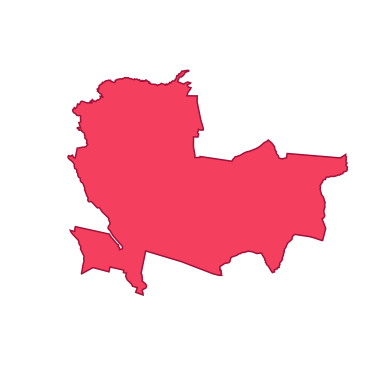 Bau Bang, Bình Dương, Vietnam (Natural Earth projection), rotated 109°
{"feature_id": "81297802B44215588050468", "entity_name": "Bau Bang", "entity_type": "district", "adm_level": 2, "iso_a3": "VNM", "parent_name": "Vietnam", "parent_adm1": "Bình Dương", "projection": "natural_earth1", "projection_center": [106.592, 11.27], "detail": "fine", "context": "isolated", "style": "filled", "palette": "rose", "viewbox_px": 384, "rotation_deg": 109, "n_neighbors": 0, "source": "geoboundaries", "source_scale": "gbopen_adm2", "svg_char_len": 6021}
<svg xmlns="http://www.w3.org/2000/svg" viewBox="0 0 384 384"><g transform="rotate(109 192 192)"><path d="M305.8,270.2L295.7,261.0L294.5,244.5L289.6,245.1L288.1,231.2L290.6,230.6L290.0,227.6L293.1,227.4L295.0,225.8L296.2,224.5L298.9,219.0L300.5,217.6L300.2,212.6L305.2,212.6L305.3,204.7L303.6,205.4L301.4,206.9L300.8,207.0L300.0,206.6L298.1,204.6L297.3,204.3L295.6,204.4L294.9,204.9L293.9,206.3L292.4,210.1L290.8,210.4L286.3,212.6L285.9,213.6L262.8,216.6L261.3,179.1L262.5,145.4L262.0,139.5L261.1,136.8L260.1,137.8L259.1,137.6L258.6,138.4L257.4,138.5L256.4,139.4L256.9,140.0L256.2,140.2L256.0,140.5L254.7,140.7L253.5,141.4L248.7,137.6L247.6,135.4L246.4,133.8L245.1,133.5L242.1,133.9L240.6,133.3L237.1,128.8L235.5,127.9L234.7,126.4L233.0,125.0L231.5,122.0L229.7,119.7L228.9,115.6L229.1,110.7L227.0,106.3L228.0,105.7L231.3,101.7L232.7,100.9L233.6,99.9L234.7,99.6L235.2,98.6L236.4,97.7L237.1,95.9L241.5,90.6L242.0,89.7L241.3,89.1L240.9,88.1L239.9,88.1L238.8,88.7L238.7,88.4L238.2,88.2L237.0,86.4L235.9,86.6L235.5,85.8L235.1,85.7L234.9,85.0L234.1,85.5L233.1,85.6L232.2,85.2L231.4,85.7L230.4,85.9L228.2,85.0L226.0,84.5L225.1,85.2L221.9,85.0L220.8,85.5L219.4,85.2L218.8,85.6L218.2,85.4L216.1,86.0L214.1,85.3L209.2,85.0L204.3,82.1L202.7,82.5L201.3,82.4L200.5,82.2L198.6,81.0L195.9,66.1L195.6,61.6L195.6,53.3L195.3,52.7L183.2,53.7L182.5,54.0L175.0,60.3L173.7,59.1L171.4,58.7L170.8,58.9L168.1,60.8L166.5,61.3L162.7,61.4L161.8,62.1L158.1,62.9L157.9,63.6L155.0,65.3L153.5,66.8L152.3,68.7L150.5,69.8L149.6,70.6L148.5,71.0L147.8,71.8L145.4,72.1L144.6,72.9L144.3,73.0L140.7,72.0L138.5,71.9L137.3,71.3L136.7,69.9L134.5,70.0L134.2,69.7L133.3,67.3L132.2,66.1L131.0,62.7L129.5,60.5L128.5,59.7L127.9,57.9L126.9,57.3L125.6,55.5L123.8,55.3L122.3,53.1L121.5,52.6L120.2,52.5L119.1,53.1L117.8,53.1L117.1,54.7L116.4,55.3L114.2,54.8L113.9,55.8L113.3,56.4L111.1,56.6L109.9,57.4L108.6,57.4L107.8,58.5L106.5,58.9L110.9,62.4L111.4,62.5L124.6,114.6L128.9,113.8L131.4,117.7L131.6,120.7L129.4,122.5L128.4,124.5L126.4,125.5L124.7,127.5L122.2,128.8L119.6,132.7L118.0,136.9L119.3,137.4L122.2,140.1L124.5,141.3L127.5,143.1L127.8,143.6L129.2,144.3L129.5,145.1L130.6,145.8L131.3,147.0L132.8,148.5L135.3,151.7L136.1,153.2L138.4,155.7L142.0,158.7L142.6,159.8L143.9,161.1L144.4,162.5L145.1,162.9L146.3,163.1L147.3,163.8L149.9,164.3L155.8,195.9L156.7,195.7L158.5,200.6L156.2,201.2L148.9,205.3L139.4,208.5L138.1,204.3L135.1,204.5L134.2,206.2L131.8,205.9L130.7,206.3L130.6,203.5L129.6,201.5L127.5,202.5L120.8,207.3L104.9,216.6L99.4,218.3L102.7,228.1L99.0,228.2L95.0,226.9L93.7,226.9L94.0,229.3L92.4,231.4L91.3,230.7L90.4,229.2L89.3,228.8L89.3,231.5L89.6,232.2L92.7,235.3L92.4,241.3L91.1,241.6L87.5,241.2L86.5,239.3L83.7,237.8L81.4,237.4L80.5,236.6L78.9,234.5L78.2,234.6L78.5,236.3L79.3,236.8L79.3,237.9L80.0,238.5L80.8,240.6L81.3,241.1L83.6,241.5L84.8,243.0L86.0,242.7L86.8,244.1L87.4,244.3L89.9,243.9L91.2,244.6L92.4,244.4L93.0,245.5L93.3,246.5L94.4,247.3L95.9,247.5L96.0,247.9L95.7,248.7L96.7,248.8L97.3,249.8L98.1,249.9L98.5,250.5L98.9,250.6L98.9,251.0L98.4,251.6L99.5,251.8L99.5,252.7L99.1,253.6L99.4,254.6L99.3,256.5L100.1,256.8L101.3,258.0L101.6,258.8L102.6,259.5L102.0,261.0L103.3,265.6L103.3,266.0L102.5,267.0L102.6,267.3L103.1,267.4L103.2,268.0L102.9,268.4L101.7,268.6L101.7,270.1L101.0,271.9L101.1,272.1L102.1,271.9L102.2,273.2L103.1,273.7L103.3,274.2L102.6,274.6L102.6,274.9L103.5,275.6L103.2,276.2L104.0,276.6L104.0,277.0L103.0,278.0L102.9,278.3L103.7,279.3L103.1,280.9L103.9,282.0L103.8,283.2L104.7,283.5L104.8,283.7L104.7,286.1L104.9,286.7L105.0,288.9L104.7,289.6L105.4,290.6L105.3,291.8L106.0,293.0L106.8,293.5L107.3,294.7L108.2,295.0L108.3,296.8L109.4,298.2L109.9,299.5L110.6,299.6L111.4,300.9L113.2,300.5L113.6,300.7L113.9,302.5L113.6,303.6L114.0,304.4L112.9,305.2L112.9,305.7L113.4,306.2L113.5,307.5L114.0,307.9L115.3,310.1L117.5,311.3L117.5,312.4L119.3,312.4L119.5,312.5L119.8,313.4L120.6,313.6L121.3,314.3L121.9,314.4L122.8,313.9L123.9,314.3L124.5,313.7L124.9,313.7L125.2,314.0L125.3,315.0L125.6,315.2L126.5,314.5L126.8,313.5L127.6,314.0L128.2,312.1L129.0,311.0L128.9,309.7L130.4,308.4L130.9,307.5L131.4,307.2L131.6,307.8L131.0,309.0L131.3,310.1L131.6,310.0L132.1,309.2L133.5,309.1L135.3,310.4L135.5,311.1L136.4,311.9L137.7,312.4L137.7,313.8L138.3,314.2L137.1,316.4L138.3,316.5L139.3,317.8L139.9,317.7L140.1,316.9L139.9,315.7L140.4,315.7L142.0,320.7L141.9,325.1L142.2,326.1L142.8,326.5L146.0,326.9L146.1,327.6L145.8,328.6L146.1,328.9L149.2,328.5L150.3,329.2L151.2,329.3L151.3,329.8L150.6,330.8L151.8,330.9L152.5,331.4L153.0,331.5L154.1,331.2L155.6,329.7L155.5,328.3L156.9,326.1L156.9,324.4L156.3,323.5L156.2,322.3L160.6,320.6L161.8,319.8L163.2,321.6L167.7,318.2L167.9,320.5L168.5,321.3L168.9,321.4L169.6,320.0L169.8,318.9L170.3,318.8L169.6,316.4L170.2,316.2L170.6,315.6L171.3,313.3L171.9,312.5L173.3,312.2L174.0,311.2L175.6,311.0L176.3,310.4L176.7,308.8L177.1,308.5L177.9,308.0L180.2,307.6L180.9,306.2L183.3,306.9L184.6,308.4L185.4,310.5L187.4,313.6L187.8,314.8L197.2,313.6L198.2,313.7L197.9,315.0L196.4,316.6L196.1,317.3L197.6,318.0L197.8,320.6L199.2,320.7L200.0,320.2L200.7,319.2L202.3,314.9L204.3,312.1L205.3,312.1L207.9,310.6L208.3,308.6L208.6,308.2L210.6,307.5L211.7,306.1L213.8,305.1L214.8,304.1L215.1,303.4L215.1,302.7L215.8,301.9L217.7,301.3L218.6,300.3L219.0,298.8L219.7,297.7L222.3,295.5L223.5,294.6L225.4,294.0L226.2,293.0L227.3,292.4L227.6,291.8L229.0,291.0L231.7,288.1L233.4,288.1L234.5,287.0L234.8,286.6L234.7,286.0L234.1,285.0L233.9,283.8L237.6,276.9L237.8,276.0L237.1,274.9L237.2,274.1L240.0,270.5L243.9,262.2L245.0,261.9L248.2,259.3L250.2,259.4L252.5,259.9L253.6,259.6L254.6,258.4L254.9,257.3L259.2,252.2L265.5,241.1L266.7,239.7L268.5,239.5L270.1,241.8L268.4,242.4L267.9,243.1L267.6,244.0L266.7,244.0L265.9,244.5L265.5,246.2L260.6,254.4L259.9,255.3L258.7,256.2L262.7,291.0L264.5,290.9L267.5,290.0L267.9,294.6L269.6,293.0L270.9,290.9L274.7,283.7L278.0,281.7L280.0,279.2L281.7,279.1L283.0,278.1L288.0,273.1L290.5,272.7L292.1,271.7L296.0,271.4L305.1,269.9L305.8,270.2Z" fill="#f43f5e" stroke="#9f1239" stroke-width="1.5"/></g></svg>